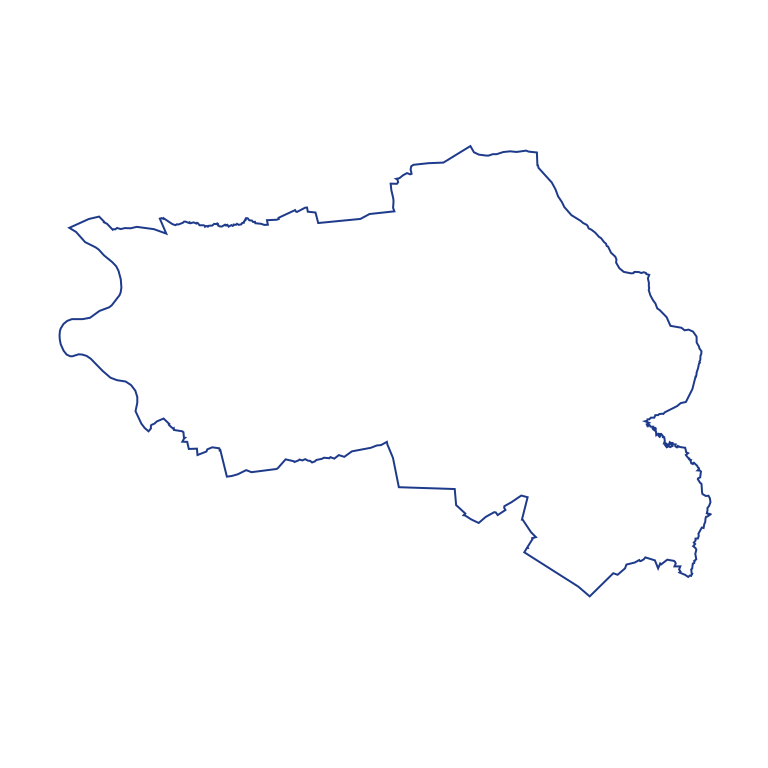 the district of Lochem, Gelderland, Netherlands, rotated 355°
{"feature_id": "6326949B7349538907764", "entity_name": "Lochem", "entity_type": "district", "adm_level": 2, "iso_a3": "NLD", "parent_name": "Netherlands", "parent_adm1": "Gelderland", "projection": "mercator", "projection_center": [6.355, 52.172], "detail": "fine", "context": "isolated", "style": "outline", "palette": "blue", "viewbox_px": 768, "rotation_deg": 355, "n_neighbors": 0, "source": "geoboundaries", "source_scale": "gbopen_adm2", "svg_char_len": 6144}
<svg xmlns="http://www.w3.org/2000/svg" viewBox="0 0 768 768"><g transform="rotate(355 384 384)"><path d="M84.1,201.0L90.5,205.7L98.6,216.6L108.7,222.8L111.5,225.2L116.3,231.5L123.9,238.9L127.5,243.4L129.4,248.2L130.9,256.7L130.8,265.0L129.6,270.0L128.1,272.7L119.7,281.8L117.0,283.6L106.9,286.4L96.9,292.4L89.4,293.1L78.6,292.2L73.8,293.6L69.9,296.3L66.8,300.5L65.8,302.9L65.0,307.4L64.9,311.5L65.4,316.2L67.7,322.9L70.4,327.0L73.8,329.0L76.1,329.2L82.4,327.8L86.0,328.4L90.2,330.1L94.1,333.3L104.9,346.5L112.1,353.9L118.3,356.9L126.8,359.0L131.9,363.0L135.7,369.0L137.1,375.5L136.6,381.2L134.1,389.4L138.8,402.3L141.7,406.9L145.3,410.6L147.9,408.0L148.1,405.5L148.7,404.5L151.8,403.5L154.4,401.5L161.4,399.2L166.6,405.1L166.1,405.5L166.4,406.3L170.0,410.1L170.7,409.7L170.8,411.5L178.8,413.5L180.0,414.5L180.0,419.9L181.1,420.2L179.9,421.1L178.1,423.9L182.9,424.5L183.9,431.7L192.0,432.1L192.0,438.5L201.2,435.8L202.3,433.7L207.4,432.1L214.3,433.7L214.5,435.8L215.2,435.6L219.4,462.6L224.2,462.4L230.4,461.2L239.2,457.8L244.3,460.3L269.5,459.3L270.9,458.6L279.4,450.5L287.5,453.1L288.0,453.9L292.3,452.6L293.1,451.9L296.0,453.0L299.0,452.0L301.5,453.7L303.8,454.2L305.5,455.9L308.3,455.1L310.0,453.8L315.7,453.1L317.8,452.2L323.1,453.2L324.2,452.2L328.0,454.0L332.8,450.9L338.1,453.1L346.1,448.3L365.3,446.4L371.5,444.6L375.7,444.6L381.8,441.9L382.1,444.5L386.5,458.4L389.8,488.1L445.3,494.8L445.3,510.9L453.7,520.1L451.9,521.7L453.4,522.1L459.1,526.5L466.2,530.7L473.7,525.3L482.6,521.3L484.2,521.7L485.8,524.5L487.1,523.8L494.0,520.1L492.9,517.8L493.3,516.2L500.8,512.8L511.0,507.1L517.2,509.3L509.6,531.1L510.3,531.2L517.5,544.4L522.0,549.8L518.2,550.5L518.5,551.3L512.7,559.0L513.1,559.9L512.0,559.9L509.1,563.9L559.8,602.7L570.4,613.5L595.9,592.5L600.1,594.4L608.0,588.7L609.8,585.0L618.3,583.7L622.9,581.6L623.6,582.7L624.3,582.8L627.4,581.4L629.2,579.5L638.5,583.3L641.0,591.6L643.5,586.9L644.3,587.9L650.9,583.7L657.5,585.5L658.4,586.5L659.0,588.2L657.5,591.0L663.3,591.5L661.8,594.5L663.0,596.7L661.9,597.5L667.4,600.4L670.2,602.7L672.1,601.4L673.3,601.9L674.4,600.0L674.0,599.9L673.9,595.5L674.9,594.8L676.0,589.8L677.3,589.5L678.1,587.4L677.8,587.2L679.8,585.8L679.3,580.4L680.7,576.2L680.0,574.6L677.9,572.5L680.0,570.5L678.8,569.0L680.7,567.2L680.8,565.2L683.3,565.2L684.3,562.8L684.2,560.5L688.1,554.7L689.8,555.3L690.8,551.6L692.0,549.4L692.6,545.8L693.3,544.3L694.7,544.2L697.4,542.6L696.4,542.2L697.0,541.8L694.3,540.9L695.2,538.3L695.4,535.8L697.2,533.8L698.9,530.3L698.7,526.3L697.5,523.6L694.8,523.6L691.7,521.4L691.4,519.4L691.6,511.2L690.2,509.8L688.3,506.1L688.6,505.4L690.8,504.6L692.1,498.8L691.2,497.8L688.9,497.4L690.4,496.2L690.5,495.5L689.4,494.4L688.9,492.8L685.8,489.4L685.2,489.5L684.7,490.6L683.2,489.8L682.7,487.4L683.2,486.5L681.8,486.1L681.2,485.3L681.6,484.8L680.2,483.7L678.5,481.0L680.9,479.4L679.1,478.3L678.5,473.8L673.5,472.6L671.4,471.4L671.0,472.6L670.4,472.7L668.8,471.5L669.3,469.6L666.0,469.2L666.3,467.9L664.6,467.7L663.6,466.9L663.0,468.2L665.0,469.4L665.9,470.9L663.6,471.8L662.5,471.1L662.4,469.1L661.6,469.0L661.1,469.3L660.7,471.5L660.2,471.7L658.6,469.2L660.0,468.7L660.1,468.1L658.8,467.0L657.9,467.2L658.8,465.1L658.5,461.4L657.2,461.3L657.3,460.1L655.8,457.9L654.3,457.8L654.7,460.1L654.0,460.7L653.0,459.4L652.5,457.6L650.8,458.7L650.8,454.9L649.2,453.5L650.6,453.2L650.9,452.5L650.6,451.5L649.9,451.2L648.0,452.1L647.7,451.8L648.3,450.0L645.7,449.7L644.9,448.0L643.4,447.9L643.2,449.1L642.9,449.1L642.2,447.0L644.7,445.8L640.9,443.9L642.9,443.6L643.4,442.2L645.2,442.3L646.9,440.8L650.3,441.1L651.6,438.7L654.3,438.9L655.5,438.0L658.5,437.8L659.6,438.2L661.4,436.6L674.2,431.5L677.9,428.9L683.2,428.2L690.8,415.9L695.0,403.8L695.4,403.9L696.1,401.9L696.4,399.9L698.3,395.5L699.6,391.0L700.6,390.3L700.2,389.1L701.2,387.6L701.7,383.5L702.7,381.7L703.1,379.0L701.4,376.2L700.9,373.8L699.1,370.0L699.5,364.0L696.4,358.7L692.2,356.4L688.1,356.7L685.2,353.9L674.4,351.0L671.4,342.1L665.1,334.4L662.8,332.5L661.4,327.5L659.3,324.0L657.1,319.0L655.9,313.5L656.6,311.4L656.3,310.0L656.7,306.4L656.1,301.8L657.7,298.4L654.9,297.3L654.5,296.1L652.4,295.3L650.0,295.9L648.0,294.8L644.0,294.2L642.9,294.3L642.2,295.3L639.7,295.3L632.6,293.2L628.5,289.1L625.8,283.3L626.4,280.2L625.5,277.3L621.6,273.0L619.2,266.7L617.9,265.9L617.4,263.6L615.6,261.8L612.8,257.4L611.2,256.4L607.5,251.5L604.0,248.3L601.5,246.9L600.6,244.2L599.8,243.1L596.3,240.9L594.1,238.6L585.4,232.1L579.1,223.5L577.0,218.1L573.8,212.3L571.8,205.0L568.7,197.9L556.8,182.2L556.4,179.6L555.9,179.5L555.9,178.9L556.5,166.7L548.3,165.1L545.9,163.9L536.3,164.4L530.0,163.2L523.2,163.3L516.0,164.9L512.6,164.5L507.9,165.6L506.0,165.4L498.6,163.8L493.8,161.0L490.8,154.5L462.5,168.6L447.5,167.9L432.4,168.2L430.1,169.5L429.2,172.6L429.8,177.0L428.3,177.4L425.3,175.9L421.2,177.7L417.3,180.3L414.1,180.7L415.2,181.5L415.7,184.2L414.3,185.7L408.1,185.0L408.2,191.4L409.4,199.9L409.4,203.0L408.4,209.3L409.4,212.9L384.4,213.4L374.9,217.5L332.5,217.9L330.7,207.2L323.1,205.7L322.7,201.5L321.0,201.4L312.3,205.0L311.4,204.6L310.6,203.0L294.1,209.0L293.3,209.5L293.5,210.5L291.3,211.0L281.7,210.6L282.2,215.2L278.7,215.1L275.5,213.7L269.8,212.6L269.6,211.2L267.7,211.2L266.7,209.7L264.1,209.2L262.6,207.0L261.0,206.8L260.7,207.8L260.1,208.0L260.3,208.8L258.6,209.9L258.5,211.1L256.6,211.3L255.8,212.5L253.1,212.8L251.5,211.6L250.5,212.5L248.2,212.1L248.1,212.8L247.0,213.3L245.8,212.4L242.9,213.7L241.9,211.8L240.6,212.4L239.4,212.0L239.8,211.5L239.5,211.4L236.2,213.0L233.9,212.6L232.7,211.8L232.8,211.2L232.0,210.6L232.4,209.9L232.0,209.5L230.3,210.0L228.7,209.7L226.7,211.2L223.3,211.1L222.3,211.9L221.4,211.1L219.5,211.7L219.5,211.0L218.3,210.2L214.1,209.8L212.7,207.7L211.8,207.1L211.0,207.8L208.5,206.4L205.2,207.0L204.3,206.7L204.3,206.0L203.3,206.4L200.4,204.9L199.0,204.8L197.6,205.9L193.0,207.2L191.6,206.8L190.2,207.6L187.3,206.4L178.8,199.6L178.5,200.2L176.9,199.4L175.1,199.7L180.2,215.2L168.3,209.7L151.4,205.9L145.1,206.8L139.6,206.1L135.2,206.7L131.7,205.3L129.7,206.5L127.9,206.2L127.2,206.7L122.0,200.2L119.1,198.5L119.4,198.0L114.8,192.4L104.3,193.9L84.1,201.0Z" fill="none" stroke="#1e3a8a" stroke-width="2"/></g></svg>